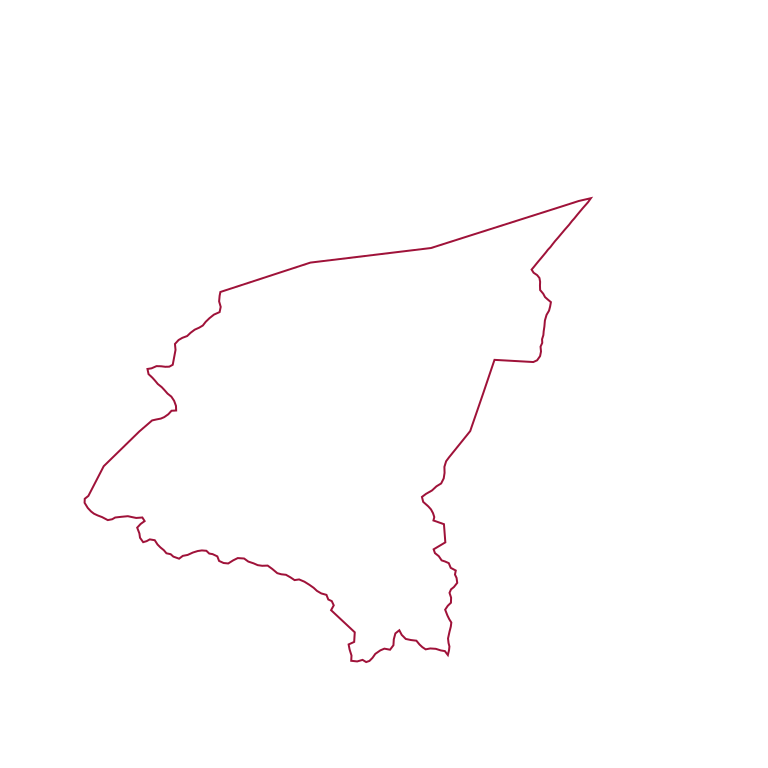 outline of Santa Brígida, Bahia, Brazil, rotated 124°
{"feature_id": "56859067B14033654686733", "entity_name": "Santa Brígida", "entity_type": "district", "adm_level": 2, "iso_a3": "BRA", "parent_name": "Brazil", "parent_adm1": "Bahia", "projection": "albers", "projection_center": [-38.139, -9.755], "detail": "fine", "context": "isolated", "style": "outline", "palette": "rose", "viewbox_px": 768, "rotation_deg": 124, "n_neighbors": 0, "source": "geoboundaries", "source_scale": "gbopen_adm2", "svg_char_len": 3118}
<svg xmlns="http://www.w3.org/2000/svg" viewBox="0 0 768 768"><g transform="rotate(124 384 384)"><path d="M573.0,179.5L568.4,181.2L565.0,183.0L562.7,185.6L559.2,188.6L552.7,191.2L547.9,192.9L544.1,194.8L542.6,198.2L540.5,201.9L536.9,207.1L532.2,207.1L527.9,206.2L523.6,208.9L520.5,212.9L516.8,213.6L513.2,212.5L507.9,212.1L504.2,215.4L502.3,218.6L498.5,220.2L499.1,225.9L496.3,230.1L497.0,234.1L498.0,237.6L496.1,242.3L495.7,247.2L493.3,250.4L481.0,244.6L466.7,255.9L469.5,266.7L466.2,267.9L463.7,271.1L461.7,274.9L460.7,278.8L459.8,285.6L456.4,289.4L451.5,287.7L445.5,284.7L439.5,283.3L434.5,281.0L428.9,281.7L423.8,284.1L418.9,287.6L413.3,289.3L408.7,289.1L374.8,286.2L371.2,287.2L357.3,290.9L335.7,296.7L313.9,302.7L302.2,305.9L282.3,272.5L278.7,270.3L273.6,270.2L269.3,272.0L265.5,275.1L261.4,275.8L258.5,278.0L254.4,279.2L251.0,281.1L246.6,283.2L241.4,286.1L235.8,287.9L230.9,288.2L226.9,289.6L222.8,291.4L222.4,295.3L221.9,299.1L220.1,302.5L218.8,307.1L215.1,309.8L212.0,311.7L209.2,314.4L208.1,317.9L208.1,322.2L206.6,325.6L202.9,325.2L199.3,324.9L195.1,324.5L189.5,323.9L184.5,323.4L181.0,323.2L177.4,322.6L173.8,322.4L169.9,322.1L165.2,321.5L160.3,321.0L154.7,320.4L148.5,319.6L143.8,319.3L140.3,318.8L135.5,318.4L130.6,317.9L126.8,317.5L123.1,317.0L119.1,316.5L114.3,316.4L123.4,324.9L137.0,335.6L213.4,396.1L245.0,421.1L324.5,512.9L399.2,571.1L402.8,569.6L407.7,566.9L411.4,562.5L416.3,560.5L421.6,563.8L427.0,565.5L432.2,566.6L436.8,566.9L440.6,568.7L444.8,571.3L449.7,573.0L454.3,574.0L458.5,577.0L462.4,578.9L467.7,579.7L472.3,575.9L486.2,569.9L489.7,571.7L492.0,574.9L494.0,578.8L496.4,582.6L501.0,585.5L503.8,588.5L507.5,584.7L508.3,579.5L509.2,575.9L510.5,571.5L510.9,566.5L511.9,562.2L513.0,558.1L513.4,553.2L515.3,548.6L518.5,544.2L522.2,541.5L525.0,545.2L529.7,545.9L534.4,547.7L537.5,549.7L540.8,553.0L543.9,555.9L560.1,560.3L608.9,570.4L642.1,566.5L646.5,567.9L649.9,565.8L652.4,560.3L653.5,555.5L653.7,551.9L653.1,548.0L652.0,543.3L651.3,536.9L648.1,533.7L645.0,532.2L640.9,527.4L636.8,522.4L635.3,518.6L633.6,514.5L629.8,509.7L631.5,505.8L636.1,507.5L641.1,508.3L644.7,503.2L647.9,500.3L649.8,495.2L647.0,492.9L643.8,491.3L641.7,486.7L643.7,482.0L644.5,478.0L644.9,473.6L646.0,469.7L644.4,465.7L644.9,462.1L643.4,456.2L639.0,454.7L635.5,451.2L630.6,448.2L626.6,445.0L623.8,441.9L621.6,438.0L622.3,434.1L620.9,431.0L620.1,425.8L622.9,421.8L622.1,416.9L619.9,412.8L614.5,410.4L610.1,407.9L606.9,402.4L607.1,397.2L605.6,391.8L604.8,387.4L602.8,383.3L599.6,378.9L599.8,373.3L600.5,366.7L599.2,362.8L597.0,358.6L596.6,353.4L596.6,348.5L593.5,345.1L592.4,339.4L592.2,333.6L592.3,328.4L593.0,323.9L592.7,318.9L591.0,313.8L593.8,309.7L593.2,305.9L595.6,301.9L601.1,301.4L606.2,269.4L614.5,264.5L619.7,267.7L623.3,264.1L627.3,259.1L631.8,256.4L629.0,251.1L624.7,247.5L624.5,243.3L621.7,241.2L617.5,240.4L612.6,240.3L606.9,238.1L603.2,235.7L600.9,230.4L595.3,230.1L590.2,233.1L584.4,235.1L579.6,233.6L582.1,229.0L583.2,223.4L581.2,218.5L578.7,213.6L580.1,208.9L580.7,205.1L580.7,201.1L577.4,197.8L574.6,193.0L573.1,187.9L571.4,184.2L573.0,179.5Z" fill="none" stroke="#9f1239" stroke-width="2"/></g></svg>